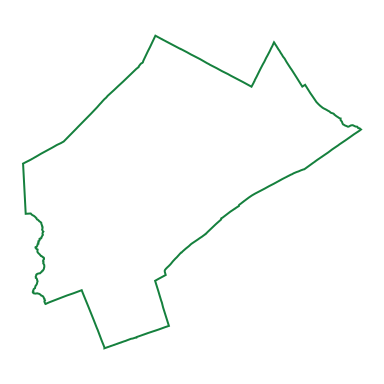 Silistea-Gumesti, Teleorman, Romania
{"feature_id": "2599482B10806735805591", "entity_name": "Silistea-Gumesti", "entity_type": "district", "adm_level": 2, "iso_a3": "ROU", "parent_name": "Romania", "parent_adm1": "Teleorman", "projection": "orthographic", "projection_center": [25.013, 44.369], "detail": "fine", "context": "isolated", "style": "outline", "palette": "green", "viewbox_px": 384, "rotation_deg": 0, "n_neighbors": 0, "source": "geoboundaries", "source_scale": "gbopen_adm2", "svg_char_len": 5599}
<svg xmlns="http://www.w3.org/2000/svg" viewBox="0 0 384 384"><path d="M168.9,325.9L163.1,307.5L162.6,305.5L162.4,304.7L161.9,302.6L161.2,300.7L159.5,295.1L159.1,293.7L158.3,291.0L155.1,280.8L159.0,278.6L165.7,275.0L164.8,271.9L164.8,271.6L164.7,271.1L164.8,270.4L165.2,269.7L166.0,268.7L167.7,267.0L168.3,266.5L170.0,264.8L170.9,263.8L172.9,261.3L175.4,258.6L176.7,257.4L180.2,253.5L180.9,252.8L181.0,252.9L181.7,252.4L182.5,251.5L185.8,248.6L188.7,246.3L189.7,245.4L189.9,245.2L190.6,244.5L191.6,243.7L197.1,240.0L198.7,238.9L199.2,238.5L202.4,236.4L203.0,235.9L204.4,234.9L205.7,233.8L205.8,233.9L206.0,233.7L207.5,232.1L215.6,224.4L216.7,223.4L221.0,219.6L221.2,219.2L221.1,218.7L221.2,218.4L221.6,218.1L222.2,217.9L222.6,217.6L230.3,211.7L237.0,207.2L238.9,206.0L238.9,205.3L239.0,205.1L239.4,204.7L244.2,201.0L248.9,197.5L252.0,195.4L255.1,193.6L260.3,190.9L264.7,188.6L269.2,186.1L273.9,183.7L282.4,179.0L291.2,174.5L291.7,174.4L293.6,173.3L296.7,172.0L297.0,171.9L297.6,171.7L298.3,171.5L301.0,170.3L302.7,169.7L303.5,169.4L304.2,169.3L304.4,169.2L308.0,166.6L317.1,160.0L328.1,152.5L332.2,149.4L338.4,145.2L339.4,144.4L344.3,141.1L345.5,140.3L350.9,136.5L354.1,134.2L359.6,130.6L361.0,129.5L359.8,128.5L359.6,128.3L359.0,128.2L358.4,128.2L358.1,128.0L357.5,127.0L357.2,126.7L355.9,126.6L355.2,126.4L352.8,125.2L351.6,125.3L350.7,125.5L349.1,126.4L348.7,126.6L348.1,126.7L347.8,126.7L346.9,126.2L344.8,125.4L344.1,124.9L343.4,124.5L343.1,124.4L342.7,123.8L342.4,123.1L342.0,121.9L341.7,121.4L341.4,121.0L340.7,120.3L340.6,119.6L340.6,118.5L340.2,118.5L338.8,117.8L337.6,116.9L337.0,116.6L335.1,115.2L334.7,114.8L334.4,114.6L334.2,114.5L333.8,113.8L333.6,113.7L332.9,113.4L331.6,113.0L330.8,112.7L330.5,112.5L329.7,111.7L329.3,111.4L328.1,110.8L327.3,110.3L326.1,109.6L323.7,108.4L322.4,107.6L321.6,106.9L320.3,105.9L318.4,104.1L316.3,101.9L316.0,101.4L313.9,98.3L311.5,94.8L310.5,93.4L305.1,84.8L302.3,86.6L296.8,77.8L292.6,71.2L291.5,69.5L290.5,68.1L287.0,62.7L286.2,61.4L284.8,58.9L284.4,58.3L283.0,56.6L281.8,54.5L281.0,53.4L279.5,50.8L278.4,49.3L277.8,48.3L276.0,45.4L275.2,44.3L274.7,43.3L274.0,42.3L273.8,42.7L273.6,43.2L272.3,46.1L271.1,48.3L269.8,51.1L267.5,55.5L266.1,58.0L264.4,61.6L262.8,64.4L260.3,69.2L256.5,76.9L254.9,79.9L254.4,81.3L253.9,82.0L253.7,82.6L251.5,86.7L242.9,82.0L230.8,75.7L228.0,74.1L222.1,71.2L216.5,68.1L209.8,64.7L208.9,64.1L208.1,63.7L207.1,63.2L200.2,59.2L193.4,55.7L191.0,54.5L187.1,52.3L180.6,48.9L180.5,49.0L178.6,48.0L163.2,39.9L155.4,35.7L150.0,47.1L147.9,51.2L143.7,60.0L143.2,61.1L143.1,61.6L142.8,62.4L142.3,62.9L141.6,63.2L140.9,63.7L140.6,64.0L139.5,65.4L138.8,66.4L138.6,66.8L138.6,67.1L136.4,68.8L123.0,81.7L118.2,86.1L114.1,90.0L107.6,95.9L106.8,96.9L105.5,98.3L105.1,98.5L103.9,99.7L101.8,102.0L101.7,102.2L99.8,104.2L97.1,107.3L91.1,113.6L78.2,126.7L76.1,128.9L69.3,135.8L64.1,141.1L63.6,141.6L62.8,142.0L60.9,143.1L57.0,144.9L52.5,147.5L40.7,153.9L37.7,155.7L30.7,159.7L23.0,163.6L23.1,164.2L25.7,213.8L30.7,213.5L31.6,214.5L32.4,215.1L33.8,215.8L34.8,216.6L35.6,217.3L35.9,217.8L36.4,218.1L36.5,218.5L36.8,219.1L37.0,219.4L37.8,219.7L38.2,220.1L39.0,220.8L39.2,221.2L40.3,221.9L41.0,222.5L41.3,222.9L41.3,223.7L41.8,224.9L41.9,225.4L42.1,225.6L42.3,226.6L42.5,226.8L42.5,227.0L42.3,227.1L42.6,227.7L42.6,227.9L42.5,228.2L42.4,228.5L42.3,229.0L42.1,229.5L42.2,229.8L42.5,230.2L42.5,230.5L43.1,231.6L43.3,231.7L43.2,231.9L43.0,232.2L42.8,232.6L42.6,232.8L42.5,233.6L42.5,233.8L42.6,234.2L42.9,234.8L42.8,235.1L42.7,235.2L42.5,235.3L42.3,235.7L42.0,236.3L41.7,236.8L41.5,237.1L41.5,237.3L41.5,237.7L41.2,238.2L41.0,238.4L40.5,238.3L39.5,238.9L39.5,239.1L39.8,239.4L39.8,239.6L39.6,240.0L39.4,240.5L39.2,240.6L39.1,240.8L39.0,241.0L38.8,241.2L38.4,241.3L38.4,241.9L38.6,242.1L38.6,242.4L38.5,242.6L38.2,242.8L38.4,243.6L38.4,243.8L38.2,243.9L37.8,244.0L37.6,244.1L37.5,244.8L37.2,245.9L36.9,246.3L36.5,246.7L36.4,247.1L36.2,247.2L35.9,247.1L35.6,247.1L35.5,247.4L35.5,247.7L35.6,247.9L36.0,248.0L36.4,248.9L37.6,249.5L37.5,250.1L37.4,251.7L37.5,252.0L38.3,253.1L39.6,254.3L41.0,256.0L41.5,256.0L42.4,256.8L42.7,257.1L43.4,257.3L43.6,257.5L44.0,258.1L44.0,258.3L43.8,258.4L43.9,259.1L43.9,259.4L43.5,259.8L43.0,261.0L43.4,261.4L43.5,261.8L43.5,262.5L43.4,262.7L43.2,262.9L43.2,263.2L43.6,263.7L43.8,264.4L44.2,264.9L44.3,266.0L44.3,267.1L44.1,267.5L43.9,268.7L43.7,269.3L43.3,269.9L42.9,270.6L42.6,270.6L42.3,270.8L41.7,271.8L40.7,272.5L40.4,273.0L40.0,273.3L39.4,273.3L37.7,273.7L37.1,274.0L36.5,274.4L36.3,274.7L36.2,275.0L36.3,275.5L36.1,275.9L35.8,276.3L35.7,276.6L35.8,277.2L35.9,277.4L35.8,277.9L35.9,278.0L36.5,278.3L36.8,278.8L37.1,279.6L37.2,280.4L37.6,281.2L37.5,281.6L37.3,282.0L37.0,283.5L36.8,284.1L36.4,284.7L36.2,285.2L35.8,285.6L35.4,286.2L35.2,287.1L35.0,288.1L34.7,288.2L34.4,288.6L34.0,288.9L33.7,289.1L33.4,290.2L33.2,290.4L33.1,290.7L33.2,291.0L33.4,291.5L33.4,291.8L33.2,292.0L32.8,292.1L32.8,292.3L33.5,293.2L33.7,293.3L34.0,293.4L35.7,293.6L37.0,293.3L37.4,293.3L38.0,293.6L38.7,293.7L39.5,294.0L40.7,294.9L41.3,295.6L42.6,296.0L43.2,296.7L43.5,297.1L44.0,298.2L44.1,298.8L44.6,299.1L44.6,299.3L44.6,300.0L45.0,300.4L44.9,300.6L44.6,300.8L44.4,301.5L44.5,301.9L45.1,303.3L45.4,303.9L45.7,304.0L46.1,303.7L49.3,302.3L62.2,297.3L67.2,295.4L73.4,293.3L81.7,290.2L82.7,292.8L83.5,294.8L88.3,306.5L93.4,319.2L96.8,327.9L97.1,328.6L97.6,329.7L101.7,340.6L104.2,346.8L104.4,347.6L104.4,348.0L104.4,348.3L124.2,341.3L125.6,340.9L126.5,340.5L131.0,338.8L132.8,338.5L135.5,337.6L136.0,337.7L136.4,337.6L136.4,337.3L136.5,337.1L148.1,333.0L158.4,329.6L165.0,327.2L168.9,325.9Z" fill="none" stroke="#15803d" stroke-width="2"/></svg>